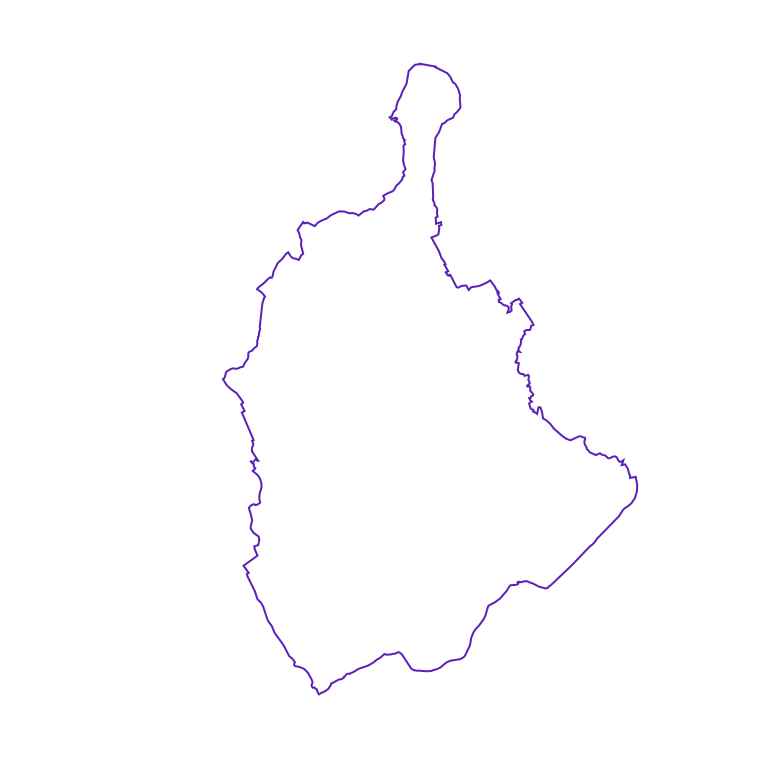 Pietrari, Vâlcea, Romania (Mercator projection), rotated 248°
{"feature_id": "2599482B46623809555558", "entity_name": "Pietrari", "entity_type": "district", "adm_level": 2, "iso_a3": "ROU", "parent_name": "Romania", "parent_adm1": "Vâlcea", "projection": "mercator", "projection_center": [24.113, 45.105], "detail": "fine", "context": "isolated", "style": "outline", "palette": "violet", "viewbox_px": 768, "rotation_deg": 248, "n_neighbors": 0, "source": "geoboundaries", "source_scale": "gbopen_adm2", "svg_char_len": 6165}
<svg xmlns="http://www.w3.org/2000/svg" viewBox="0 0 768 768"><g transform="rotate(248 384 384)"><path d="M659.0,550.7L667.3,537.5L666.9,537.5L668.2,533.2L668.2,531.9L665.0,524.2L654.0,517.4L648.3,510.7L644.1,506.9L640.7,502.5L636.8,499.5L634.1,498.2L632.8,494.9L629.1,491.2L629.2,489.2L626.2,490.2L626.8,491.9L626.5,494.8L625.3,495.7L624.3,495.2L624.3,492.2L623.5,492.5L620.9,495.3L616.6,496.2L608.8,494.0L607.6,494.3L604.4,493.8L602.4,494.7L602.3,494.2L601.5,493.6L598.2,493.4L597.8,491.4L591.5,489.1L583.5,485.1L581.8,485.3L580.7,484.6L575.3,484.6L573.2,481.0L569.5,481.0L569.1,479.1L566.8,477.5L564.3,472.8L563.5,470.1L560.4,466.2L559.5,464.5L559.4,458.2L558.8,453.8L555.6,453.8L554.4,453.2L553.0,449.2L552.9,446.6L549.5,439.7L551.5,436.5L551.1,431.8L551.7,430.3L549.7,423.4L551.8,422.2L554.4,418.8L555.3,415.8L558.8,411.7L560.9,407.0L560.4,397.9L559.0,393.2L558.8,386.1L558.2,382.6L556.3,379.0L562.4,373.4L562.4,371.2L563.2,370.9L563.1,370.0L564.5,369.6L559.0,361.5L555.8,361.9L551.6,361.1L548.4,361.4L544.0,359.1L535.0,357.9L534.4,355.5L530.9,351.5L533.3,349.0L534.3,347.2L535.7,346.1L537.8,345.2L542.0,344.5L541.4,342.0L538.2,336.6L535.9,330.8L529.4,323.5L526.3,321.6L524.5,319.7L525.5,318.5L525.0,316.3L522.4,310.1L520.6,303.8L519.5,301.8L515.5,304.4L512.0,305.9L509.3,306.4L508.9,305.2L504.1,301.3L483.1,290.0L481.5,289.9L477.9,287.0L475.4,286.0L474.8,284.9L472.7,283.9L471.8,282.7L468.6,281.5L466.7,280.2L465.8,276.8L464.4,274.4L464.3,271.4L463.4,269.7L460.1,268.4L458.4,267.1L455.6,262.6L452.9,260.0L453.3,257.6L453.2,253.2L455.1,249.8L455.3,247.5L454.6,243.3L454.0,242.0L449.5,238.6L448.8,236.5L441.8,237.7L436.9,240.0L430.5,244.0L420.5,246.5L419.4,246.4L418.7,243.9L411.2,244.7L410.8,241.5L380.8,242.1L380.7,240.4L378.3,240.5L376.3,239.8L374.3,237.7L371.1,236.4L360.0,238.5L360.3,237.9L362.1,237.4L362.2,236.4L360.6,233.4L361.4,232.2L363.0,231.2L359.5,232.4L358.3,233.4L356.4,232.3L354.0,233.1L353.1,231.4L353.2,231.1L352.6,229.7L347.2,232.6L344.7,233.3L340.9,233.5L337.6,233.1L333.2,231.2L329.8,228.2L327.2,226.7L323.9,225.3L320.4,224.7L319.6,221.7L319.9,219.4L321.2,218.6L321.5,216.0L320.0,212.6L319.5,212.2L312.9,211.7L306.8,210.6L301.8,207.0L299.9,206.3L294.8,207.3L289.4,210.7L286.1,209.9L281.8,207.1L282.0,202.9L279.6,202.3L272.3,202.4L268.1,185.7L259.5,187.8L259.3,185.7L256.6,185.4L240.5,186.6L231.6,186.1L227.6,187.9L223.4,188.6L209.1,187.7L206.4,188.0L201.9,189.3L194.7,189.3L179.5,193.0L167.2,194.2L163.4,196.2L159.5,197.2L157.9,195.7L156.9,195.4L155.7,195.9L153.2,199.8L149.6,203.3L144.8,205.3L137.5,206.2L134.4,206.1L131.3,203.7L129.1,204.1L128.6,205.9L126.7,206.5L126.2,207.3L122.6,207.0L120.6,207.5L121.2,210.9L121.0,212.6L122.1,218.0L124.7,221.8L126.2,222.9L126.1,224.7L126.9,231.3L126.4,233.5L126.5,236.0L126.7,236.8L127.6,237.3L127.6,238.1L128.9,240.7L129.0,241.7L128.0,243.9L128.4,244.7L128.4,248.1L129.4,253.5L128.9,264.0L129.8,270.1L131.0,273.8L131.6,278.0L133.5,283.3L132.2,284.6L130.7,289.0L130.4,291.7L129.8,292.6L130.0,296.9L128.9,298.1L126.6,299.3L109.7,302.7L107.4,304.6L105.8,307.2L104.6,310.4L104.0,311.0L101.4,316.6L100.1,320.8L100.3,322.1L99.8,326.0L100.0,330.1L102.2,336.8L102.6,339.4L102.4,342.5L100.4,351.3L100.6,354.2L101.1,356.1L101.9,357.5L109.5,365.8L116.2,370.0L120.3,374.0L122.3,376.9L124.4,381.5L128.6,388.3L131.2,391.2L139.0,397.3L139.5,399.5L139.9,404.4L141.6,411.3L146.3,420.3L149.8,425.2L150.0,426.0L148.5,430.5L148.2,433.0L148.9,433.9L150.2,433.6L150.3,434.6L148.8,436.9L148.6,439.9L147.4,443.0L145.3,444.8L143.7,446.9L137.7,452.1L134.1,457.1L133.6,458.6L133.7,459.6L134.8,461.7L134.8,462.9L145.5,490.0L156.3,514.0L157.2,517.3L158.4,520.1L160.7,523.4L173.4,552.3L177.3,557.8L178.6,560.4L179.5,565.2L180.8,568.8L184.3,574.0L190.0,578.5L196.0,581.1L203.6,582.6L204.8,576.9L206.9,577.9L209.0,577.6L213.7,578.3L216.4,578.0L219.3,577.3L219.7,574.1L223.6,577.3L223.1,575.1L223.5,573.4L225.3,572.6L229.0,572.3L230.4,571.0L230.9,569.2L230.6,565.2L231.3,564.0L234.6,562.5L237.3,559.1L238.7,558.4L238.9,557.8L238.7,554.3L239.2,553.3L243.3,549.4L248.1,547.7L249.3,548.1L252.9,547.5L255.6,548.2L258.1,550.2L259.1,550.0L260.3,548.2L261.7,547.0L262.4,545.0L261.9,535.8L265.2,532.3L268.9,529.9L278.7,524.9L285.1,523.1L289.6,520.8L292.4,518.6L299.2,520.1L303.8,520.2L304.5,518.5L298.9,514.7L301.1,513.5L301.4,512.8L302.2,512.8L302.8,512.0L303.5,512.8L304.4,512.7L304.9,511.7L306.3,510.8L311.4,511.2L312.0,511.8L312.3,514.5L314.5,513.4L316.6,513.3L316.2,514.8L317.5,515.9L317.5,517.8L318.5,518.6L323.2,517.0L325.7,518.3L327.3,518.2L328.0,517.7L327.7,516.3L328.2,515.9L329.1,516.6L329.9,519.3L331.7,519.6L333.7,519.4L337.0,521.4L338.5,521.0L338.9,517.3L341.1,516.9L341.8,515.0L343.8,513.4L347.0,513.3L352.7,516.8L353.4,516.5L354.3,514.3L355.4,514.2L356.8,516.6L360.3,518.3L361.8,518.1L363.7,519.3L363.8,520.6L363.0,521.9L365.1,521.0L365.6,521.8L367.5,522.6L367.7,523.6L369.2,525.3L372.1,527.1L374.0,527.5L374.0,528.8L376.8,531.4L377.4,533.5L380.4,533.8L380.7,536.5L379.6,538.9L379.6,539.9L382.8,542.3L382.8,544.8L386.8,544.4L407.1,540.1L407.5,542.6L411.2,541.6L412.6,541.1L412.2,537.9L412.6,537.6L411.2,532.1L410.1,532.6L408.3,531.0L404.3,529.8L403.7,528.2L404.0,525.2L406.4,527.6L408.7,528.3L410.3,527.4L412.6,524.3L415.3,523.0L417.1,521.2L419.2,522.0L418.9,523.8L425.5,523.2L425.5,524.7L427.4,524.5L427.3,523.7L433.6,523.1L440.2,521.3L439.5,517.1L439.2,510.2L439.4,508.2L440.9,501.7L440.9,500.4L439.8,499.0L439.4,497.7L444.3,497.3L445.1,495.5L445.9,492.6L445.5,489.0L446.6,487.6L460.3,486.4L460.0,485.0L460.8,484.9L460.8,483.8L464.5,483.1L464.6,484.3L464.2,484.3L464.5,485.8L472.0,484.7L471.9,485.9L475.9,485.5L478.9,484.5L486.8,484.7L502.1,482.8L502.0,489.1L502.4,490.5L507.4,493.5L510.1,494.2L509.9,496.7L512.7,497.5L513.1,492.3L519.0,494.3L519.1,496.3L523.1,497.3L525.9,498.8L528.3,498.8L530.9,497.8L532.7,498.5L536.4,498.2L539.9,500.0L551.6,504.2L555.3,504.5L563.0,511.0L565.1,511.5L568.2,513.4L570.4,514.2L575.6,515.0L593.0,523.9L597.1,529.6L603.3,535.2L603.4,538.3L604.5,540.6L604.9,542.3L605.0,547.7L607.6,550.2L609.0,553.9L611.2,557.9L612.1,558.6L620.4,561.2L623.5,562.8L630.3,563.3L635.8,562.4L637.9,560.9L644.0,560.5L648.5,559.1L658.6,550.2L659.0,550.7Z" fill="none" stroke="#5b21b6" stroke-width="2"/></g></svg>